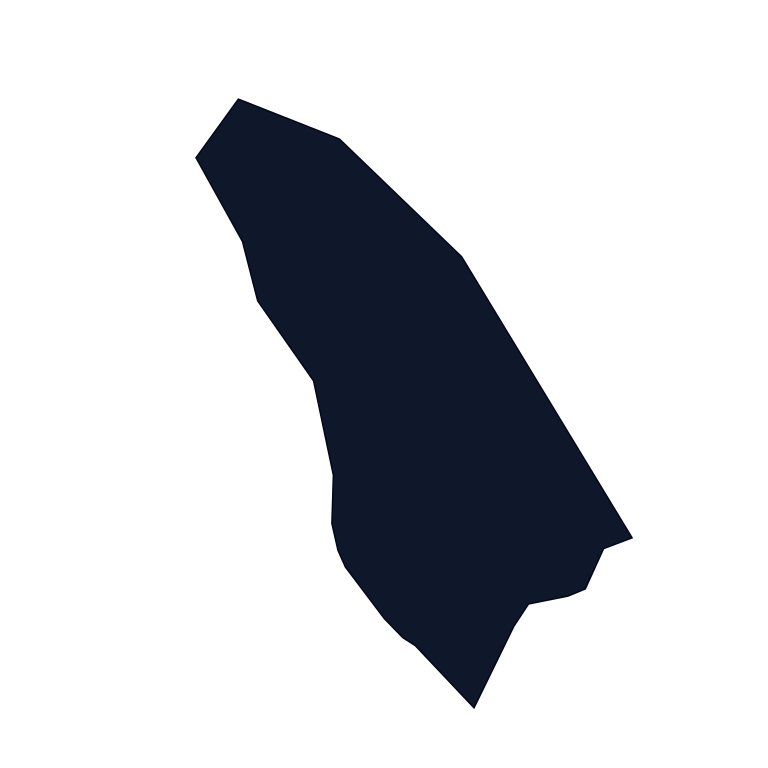 SVG path tracing the border of Hoce-Slivnica, rotated 55°
{"feature_id": "SVN-229", "entity_name": "Hoce-Slivnica", "entity_type": "Municipality", "adm_level": 1, "iso_a3": "SVN", "parent_name": "Slovenia", "parent_adm1": "", "projection": "equal_earth", "projection_center": [15.644, 46.488], "detail": "fine", "context": "isolated", "style": "filled", "palette": "ink", "viewbox_px": 768, "rotation_deg": 55, "n_neighbors": 0, "source": "natural_earth", "source_scale": "10m", "svg_char_len": 432}
<svg xmlns="http://www.w3.org/2000/svg" viewBox="0 0 768 768"><g transform="rotate(55 384 384)"><path d="M324.4,247.4L652.3,269.0L644.8,298.5L667.3,336.6L663.3,354.8L647.1,391.8L657.0,416.7L700.9,496.0L616.5,508.4L602.5,514.1L576.5,518.3L511.7,520.6L493.8,517.1L468.4,506.7L429.7,477.8L341.1,439.9L243.5,439.8L186.1,418.2L90.8,408.2L67.1,339.9L157.8,280.0L324.4,247.4Z" fill="#0f172a" stroke="#020617" stroke-width="1.5"/></g></svg>